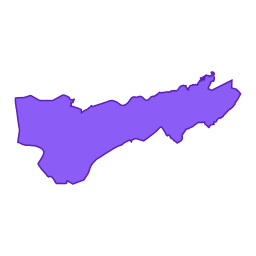 Isidro Fabela, México, Mexico
{"feature_id": "50627088B86808521330602", "entity_name": "Isidro Fabela", "entity_type": "district", "adm_level": 2, "iso_a3": "MEX", "parent_name": "Mexico", "parent_adm1": "México", "projection": "natural_earth1", "projection_center": [-99.413, 19.552], "detail": "fine", "context": "isolated", "style": "filled", "palette": "violet", "viewbox_px": 256, "rotation_deg": 0, "n_neighbors": 0, "source": "geoboundaries", "source_scale": "gbopen_adm2", "svg_char_len": 5711}
<svg xmlns="http://www.w3.org/2000/svg" viewBox="0 0 256 256"><path d="M236.8,89.7L236.5,89.3L231.7,88.0L231.9,80.2L211.6,90.4L208.4,88.8L208.7,88.5L208.3,87.6L209.7,85.0L209.9,84.5L209.9,84.3L210.8,83.0L210.4,82.6L210.8,82.2L211.0,81.9L211.0,81.7L211.3,81.5L211.9,81.2L212.3,81.2L212.6,81.1L212.9,81.1L213.1,81.3L213.4,81.3L213.4,81.1L213.9,80.6L214.0,80.2L214.0,79.7L214.3,79.2L214.3,78.7L214.3,77.7L214.2,77.4L214.0,76.6L213.5,75.7L213.5,75.4L213.8,74.7L214.2,74.3L214.3,73.8L214.3,73.5L214.1,73.2L213.9,73.3L213.6,72.8L213.1,72.2L212.8,72.0L211.8,72.0L211.2,72.4L211.3,72.8L211.4,73.0L211.6,73.1L211.7,73.3L211.9,73.4L212.0,73.7L211.9,74.5L211.7,75.0L211.4,75.4L211.5,75.6L210.3,75.7L209.8,76.6L208.8,75.9L208.2,75.6L205.9,75.1L205.4,75.7L205.7,76.0L204.9,77.0L204.8,76.2L203.1,76.9L203.6,77.9L204.6,77.7L204.4,79.9L204.1,80.1L203.4,79.7L202.6,78.8L201.6,77.8L200.7,77.9L200.9,78.4L201.7,79.6L200.8,79.5L201.1,80.9L199.8,80.5L198.7,82.5L198.1,82.8L197.8,84.2L197.5,84.7L196.9,85.1L196.4,84.8L196.1,84.6L195.8,84.5L195.6,84.5L195.1,84.8L194.7,84.9L193.2,84.7L192.9,84.7L192.7,84.9L192.3,85.3L192.0,85.4L191.4,85.4L190.8,85.4L190.4,85.5L190.1,85.8L189.5,87.0L188.6,87.8L188.4,88.5L188.6,89.6L188.4,89.9L188.2,90.0L187.9,89.7L187.3,89.4L187.0,89.1L187.0,88.2L185.7,87.0L185.6,86.6L186.1,86.1L186.1,85.9L185.6,85.6L184.4,85.7L183.7,85.6L183.3,85.3L183.0,85.4L181.9,86.1L181.7,86.1L181.3,85.9L181.0,86.0L180.6,86.5L180.2,86.7L179.2,87.7L178.0,89.8L177.1,90.4L176.9,90.5L176.5,90.9L175.6,90.7L175.2,90.9L174.7,90.7L174.4,91.0L173.7,90.8L173.5,90.6L173.1,90.9L172.5,91.0L172.3,90.9L171.9,91.0L171.5,90.8L170.6,91.4L170.6,91.5L169.2,92.4L168.8,92.4L168.6,92.1L167.9,91.8L165.9,92.2L165.4,92.1L164.5,92.2L163.1,92.8L162.7,92.5L162.1,92.7L161.6,92.9L159.7,92.4L158.7,93.0L158.4,93.4L158.1,93.5L157.9,94.0L157.3,94.3L156.9,94.7L156.5,94.6L156.1,95.1L155.2,95.6L154.6,96.3L154.4,96.3L154.2,96.2L152.2,96.4L151.8,96.6L151.1,96.9L149.3,98.8L147.7,100.2L147.2,100.1L145.9,100.2L145.3,100.0L144.7,99.5L142.9,97.7L142.4,97.3L141.9,96.9L141.6,96.9L141.2,96.7L140.3,96.4L139.9,96.4L138.9,96.5L138.5,96.6L137.6,97.1L137.2,97.2L136.0,97.2L134.4,96.9L133.4,97.0L132.1,97.5L131.6,97.9L130.3,99.5L128.3,102.4L127.1,103.5L125.2,104.9L124.3,105.1L122.7,105.5L122.0,105.4L121.2,105.2L118.4,103.3L117.9,102.8L116.3,101.9L114.7,101.2L113.9,101.0L112.4,100.5L111.0,100.6L110.1,100.7L106.0,102.2L105.0,102.5L97.5,105.0L95.2,105.7L94.5,106.0L93.9,106.1L92.8,106.6L91.3,105.7L90.3,107.0L88.7,108.0L87.8,109.1L86.0,110.0L84.9,110.3L81.5,112.7L81.3,109.5L79.8,109.0L77.6,108.0L75.4,107.4L73.5,106.7L70.6,106.0L71.3,105.4L71.0,104.5L71.2,104.2L71.0,103.9L71.3,103.5L71.1,102.8L71.9,102.7L72.3,102.2L72.8,102.5L73.2,101.9L74.0,99.9L74.1,99.3L73.7,99.3L73.1,99.6L72.3,99.8L71.0,99.8L70.4,99.7L69.9,99.4L69.7,98.5L69.3,97.6L68.7,97.2L67.5,96.5L67.0,96.3L66.6,96.0L65.7,95.7L63.9,95.1L63.1,95.1L62.7,95.2L62.3,95.3L52.6,100.6L39.6,100.5L30.7,95.5L28.5,96.1L25.7,97.1L24.7,97.3L24.6,97.5L23.0,97.6L18.7,97.7L15.5,98.1L15.4,100.9L15.5,101.7L15.6,103.3L15.7,104.1L15.9,104.7L16.2,107.8L16.7,110.2L17.1,113.5L17.4,115.7L17.9,119.6L18.9,126.5L19.3,128.3L19.5,130.6L17.8,142.2L18.6,142.6L19.3,142.7L20.1,143.0L22.6,144.4L25.3,145.1L26.3,145.3L26.6,145.2L28.1,145.2L29.6,145.3L32.0,145.6L33.9,145.7L35.8,146.0L38.4,147.0L40.4,147.9L40.9,148.2L42.9,149.7L43.1,150.2L43.6,151.1L43.7,151.3L43.8,152.8L43.6,153.8L42.6,156.3L42.2,157.1L40.8,159.4L38.5,162.8L38.2,163.4L38.1,163.7L38.2,164.1L38.8,165.3L41.4,168.9L42.3,170.0L46.1,174.2L47.2,175.9L48.5,176.9L49.2,176.6L49.7,176.6L50.2,176.4L50.8,176.5L51.5,176.8L51.9,177.1L52.9,178.1L53.3,178.7L55.4,182.1L55.8,182.8L56.3,183.5L60.9,183.5L64.3,183.6L66.0,183.4L66.3,183.3L66.6,183.0L67.0,181.7L67.0,181.0L67.9,181.1L72.9,184.0L76.2,182.7L83.9,179.9L88.0,173.6L88.8,171.7L89.6,169.2L90.2,167.5L91.3,165.2L91.4,164.8L91.9,164.4L93.5,162.2L95.1,160.8L96.2,159.5L97.9,158.3L98.3,158.2L99.1,157.6L99.9,157.2L105.5,153.5L114.6,147.9L115.6,147.5L117.3,146.5L120.0,145.4L120.8,145.3L121.1,145.2L121.6,144.8L122.2,144.6L123.1,143.7L123.4,143.3L125.8,141.9L127.7,140.9L128.4,140.6L129.1,140.4L129.8,140.1L130.8,141.2L131.4,141.8L132.0,139.8L132.7,139.7L134.0,139.2L135.8,138.5L143.6,140.9L146.4,139.0L149.7,136.5L150.3,135.9L153.3,133.7L154.7,132.5L156.2,131.3L157.4,130.1L159.0,128.3L160.7,126.9L161.6,127.4L162.3,127.9L163.1,129.2L163.6,130.2L164.5,131.4L165.2,132.5L166.0,134.3L166.1,134.8L167.5,135.8L168.1,135.1L169.2,135.2L169.5,135.4L169.8,135.9L170.0,136.6L170.2,136.9L170.5,137.5L171.1,138.3L171.7,138.6L172.7,139.1L173.1,139.4L173.8,140.5L176.4,142.2L176.9,142.9L177.2,143.0L177.9,142.7L178.4,142.3L179.2,141.9L179.7,141.6L180.6,141.0L181.4,140.2L181.7,139.9L182.3,138.7L182.4,138.0L182.2,136.0L182.2,135.6L182.4,135.0L182.9,134.0L183.2,133.4L185.7,130.1L185.6,129.3L187.9,128.8L189.7,128.0L190.6,127.4L192.1,126.8L192.7,126.7L194.3,125.1L196.8,123.4L197.1,123.2L197.8,122.6L198.5,122.6L199.1,122.4L200.4,122.5L202.4,122.5L204.5,122.0L204.8,122.9L204.8,123.8L207.3,126.0L208.1,126.8L208.3,127.1L208.8,127.5L209.0,127.5L209.1,127.3L209.7,126.2L210.0,125.7L210.7,125.1L211.0,124.9L212.5,124.4L213.4,124.4L213.8,124.5L214.1,124.3L213.8,123.5L213.7,123.0L214.1,121.7L214.8,122.0L215.1,122.0L215.8,121.9L216.2,121.6L216.7,120.9L217.1,120.0L217.3,119.5L217.6,119.2L217.8,119.1L218.8,118.2L219.2,118.0L219.8,117.8L220.3,118.2L220.6,118.2L221.6,117.1L221.9,117.0L222.0,117.1L222.4,117.0L222.7,116.8L223.0,116.5L223.4,115.7L223.8,115.4L223.9,115.0L224.5,114.3L225.3,113.7L226.6,112.3L226.9,111.7L227.2,111.7L229.4,109.2L230.2,109.2L233.3,106.3L233.5,105.8L234.9,104.3L235.1,103.2L235.4,102.6L237.8,99.1L240.6,93.8L237.9,90.6L236.8,90.3L236.7,90.0L236.8,89.7Z" fill="#8b5cf6" stroke="#5b21b6" stroke-width="1.5"/></svg>